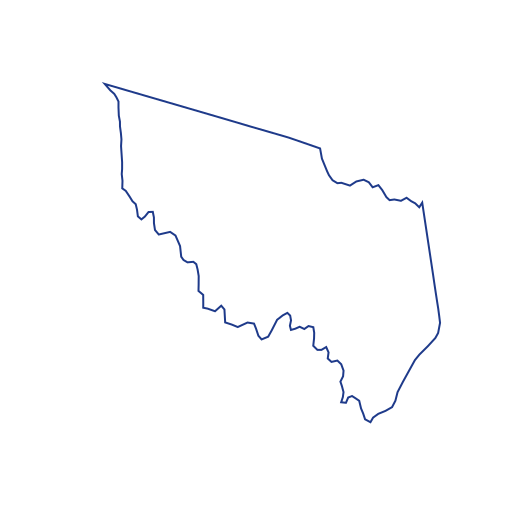 Davinópolis, Maranhão, Brazil (Equal Earth projection), rotated 198°
{"feature_id": "56859067B28644179345725", "entity_name": "Davinópolis", "entity_type": "district", "adm_level": 2, "iso_a3": "BRA", "parent_name": "Brazil", "parent_adm1": "Maranhão", "projection": "equal_earth", "projection_center": [-47.302, -5.583], "detail": "fine", "context": "isolated", "style": "outline", "palette": "blue", "viewbox_px": 512, "rotation_deg": 198, "n_neighbors": 0, "source": "geoboundaries", "source_scale": "gbopen_adm2", "svg_char_len": 1898}
<svg xmlns="http://www.w3.org/2000/svg" viewBox="0 0 512 512"><g transform="rotate(198 256 256)"><path d="M258.0,183.3L251.4,182.8L243.5,190.1L237.0,191.1L233.5,186.9L229.1,180.9L224.9,178.4L219.5,183.0L218.1,190.0L216.2,201.9L212.2,207.8L208.6,211.6L205.1,209.9L202.8,205.6L202.2,200.1L199.9,196.5L196.3,198.9L192.6,202.2L187.5,201.5L184.4,205.6L179.5,206.0L176.9,200.9L175.3,195.5L173.8,188.3L168.6,185.7L164.7,187.0L161.1,191.1L157.2,186.7L156.1,180.7L151.5,178.6L146.3,181.7L141.5,179.4L137.3,174.0L136.0,168.5L136.9,162.6L134.0,158.7L130.7,153.6L129.8,148.7L129.8,143.2L125.1,144.2L124.6,149.9L121.4,152.5L117.6,151.5L113.1,150.2L109.0,143.5L105.4,139.3L101.8,134.4L95.8,133.3L94.7,138.5L90.9,143.7L85.0,148.7L79.9,154.3L78.7,161.4L79.3,170.3L77.4,181.7L72.7,206.1L70.1,212.8L64.7,223.3L60.1,233.4L59.0,239.0L60.3,249.3L63.2,255.5L66.4,262.2L68.9,267.1L73.4,276.0L77.6,284.4L81.6,292.5L114.4,358.1L115.8,352.8L120.9,355.3L125.4,356.1L130.8,357.9L135.2,353.3L141.9,352.5L146.2,350.4L150.2,352.3L156.3,357.7L161.5,361.2L166.3,357.4L171.5,361.0L177.2,361.8L183.6,357.9L188.4,352.0L197.4,352.0L201.1,350.4L206.6,351.7L211.6,355.4L214.6,358.6L223.4,369.0L228.3,378.1L261.2,378.7L265.4,378.6L302.2,377.4L324.9,376.8L453.0,372.9L445.7,368.5L440.9,366.4L437.8,363.8L434.5,360.4L432.7,354.8L429.8,347.0L426.9,341.7L425.4,337.2L422.5,331.2L420.0,325.3L418.3,318.8L412.3,303.8L410.2,297.3L409.0,292.4L406.2,286.2L404.1,279.0L400.0,277.7L394.4,273.3L390.4,269.9L386.4,268.1L383.5,263.3L380.6,257.2L376.3,255.4L373.9,259.1L371.8,264.6L367.8,266.1L365.0,261.1L363.2,255.7L360.1,249.5L355.1,246.4L345.1,252.4L338.9,250.6L331.3,242.0L326.9,232.2L323.7,229.8L319.2,228.8L313.8,231.1L310.3,229.8L307.3,225.0L304.3,219.2L301.7,211.0L299.9,205.0L294.2,202.7L291.6,194.9L290.2,190.5L285.7,191.0L277.9,190.8L273.7,198.0L269.5,195.4L264.8,183.3L258.0,183.3Z" fill="none" stroke="#1e3a8a" stroke-width="2"/></g></svg>